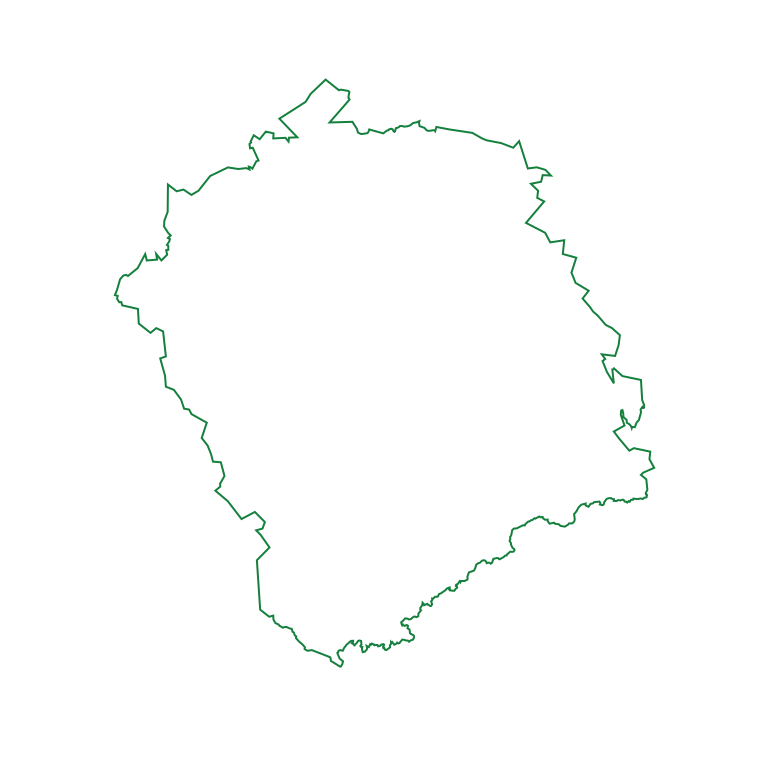 outline of Uthukela, KwaZulu-Natal, South Africa, rotated 282°
{"feature_id": "47623444B45932738864801", "entity_name": "Uthukela", "entity_type": "district", "adm_level": 2, "iso_a3": "ZAF", "parent_name": "South Africa", "parent_adm1": "KwaZulu-Natal", "projection": "robinson", "projection_center": [29.405, -28.737], "detail": "fine", "context": "isolated", "style": "outline", "palette": "green", "viewbox_px": 768, "rotation_deg": 282, "n_neighbors": 0, "source": "geoboundaries", "source_scale": "gbopen_adm2", "svg_char_len": 6152}
<svg xmlns="http://www.w3.org/2000/svg" viewBox="0 0 768 768"><g transform="rotate(282 384 384)"><path d="M406.5,111.6L406.3,127.7L392.1,131.6L385.5,145.0L391.3,149.6L389.5,157.0L365.6,164.9L362.5,159.8L346.6,168.1L336.0,171.2L334.6,179.7L326.6,188.7L318.3,193.6L318.5,198.7L314.5,202.0L309.3,218.7L293.3,216.9L287.1,224.3L279.8,229.2L272.5,232.9L273.5,240.7L260.8,247.1L252.4,244.4L249.6,245.2L244.6,241.2L236.9,255.6L222.3,272.7L232.0,284.3L224.2,296.2L217.3,295.2L214.3,289.4L210.6,294.9L200.3,306.0L185.2,296.3L137.5,309.8L132.5,320.1L134.4,323.8L130.5,324.9L127.6,327.5L126.8,331.0L125.9,331.8L124.6,335.8L125.6,337.3L126.1,339.2L125.3,342.3L125.3,344.7L122.6,346.1L122.2,347.5L119.7,348.9L118.8,350.7L117.3,350.6L114.5,354.3L112.1,358.7L110.0,361.4L108.3,361.4L107.6,363.1L107.2,364.8L108.7,368.7L105.6,387.8L105.3,388.5L102.1,389.6L98.4,399.9L98.6,400.5L101.1,401.4L104.2,401.6L106.3,397.6L111.2,394.3L111.8,394.9L113.6,395.0L114.7,396.7L114.4,398.6L114.7,399.3L116.9,399.6L121.2,401.6L125.8,405.1L126.4,407.2L125.2,407.4L123.9,406.4L122.7,409.3L121.3,409.4L123.0,409.7L124.5,410.9L127.4,412.2L128.0,413.4L127.9,415.0L124.5,416.1L122.9,415.3L122.1,416.2L122.3,417.4L120.3,417.5L117.3,418.9L118.2,420.9L120.8,422.4L122.4,422.4L124.2,421.5L123.5,423.9L126.7,424.6L126.3,425.5L127.6,426.2L126.6,428.6L127.0,428.7L126.7,429.4L127.4,431.8L126.2,432.8L126.8,434.3L128.6,435.6L129.4,437.5L129.1,438.3L126.9,437.7L125.6,438.3L126.1,439.0L124.2,440.4L124.3,441.7L127.7,444.7L129.6,444.1L131.4,444.9L133.0,444.6L132.5,445.2L133.3,445.7L131.1,448.2L132.7,450.2L133.8,450.7L133.2,451.8L133.7,452.9L137.7,454.9L138.0,456.1L137.7,459.2L138.0,460.7L137.1,462.1L138.5,463.1L140.1,465.6L142.5,466.1L144.2,465.4L145.5,461.3L149.2,460.0L149.9,457.8L152.5,457.7L153.0,456.3L151.7,454.5L152.2,453.1L151.7,452.4L152.5,452.2L152.1,451.7L152.6,451.3L154.3,450.4L155.2,450.6L155.3,451.2L159.1,453.4L159.4,455.8L158.9,457.1L159.1,458.1L159.7,459.2L162.5,461.4L163.0,462.5L162.6,464.0L163.9,465.8L166.8,465.4L170.4,467.3L171.1,466.3L172.6,466.1L175.5,467.4L178.1,467.2L177.0,468.7L176.0,469.3L177.9,471.9L177.3,472.3L177.4,473.3L176.5,475.0L176.6,476.1L178.5,476.9L181.2,475.3L182.6,476.1L184.2,475.7L184.2,476.6L186.5,478.2L187.2,480.9L190.0,481.5L191.1,483.3L195.3,487.1L197.2,488.2L198.7,490.5L197.9,490.8L197.0,490.1L195.9,491.2L196.3,491.8L195.9,492.4L196.3,495.7L198.6,496.7L199.9,497.9L201.4,497.3L201.5,496.2L202.7,496.3L203.7,497.7L206.9,499.1L206.0,500.0L207.3,500.2L208.0,503.6L209.8,506.1L211.1,506.3L212.8,505.6L217.3,506.2L220.2,510.8L222.6,511.5L226.5,511.8L228.1,513.2L229.2,515.0L231.7,516.7L232.5,519.0L231.6,520.7L230.1,521.7L231.0,523.4L231.0,524.7L230.4,525.8L231.7,526.9L235.7,527.3L237.3,530.7L237.3,532.3L236.6,533.0L236.6,533.6L239.6,537.0L241.3,538.2L241.8,539.6L242.9,539.8L246.3,542.4L246.4,544.2L247.1,545.7L248.7,546.2L249.6,545.7L250.4,543.9L252.8,541.9L254.8,541.2L256.7,539.4L258.5,539.8L260.5,539.2L262.3,539.9L267.8,539.8L269.6,541.1L270.4,543.9L274.7,549.2L274.9,551.1L276.2,551.3L279.5,553.7L279.8,554.9L281.4,556.2L281.8,557.4L284.0,559.1L283.8,560.1L286.7,563.4L286.1,564.8L287.0,566.7L285.6,567.7L284.7,569.9L285.4,572.3L283.7,572.8L281.8,575.0L283.7,579.3L282.9,580.3L283.1,584.3L281.9,586.1L282.1,590.6L284.7,593.3L286.1,594.0L286.9,597.3L289.2,598.7L291.3,598.7L296.3,597.0L299.0,598.5L304.0,600.1L306.9,602.0L309.0,606.1L307.2,606.4L306.4,609.5L309.6,610.9L310.8,613.3L312.1,614.0L313.8,619.2L312.5,620.4L311.0,620.2L310.9,623.0L311.8,623.9L314.0,624.0L317.0,625.2L318.1,625.9L319.2,628.0L319.6,629.8L319.1,631.0L319.1,632.9L317.4,633.0L317.9,635.8L319.1,637.1L319.3,639.5L320.5,641.6L320.3,642.7L319.0,643.9L319.2,645.7L318.6,646.5L320.2,647.6L319.9,648.8L322.0,649.6L322.6,651.7L323.8,651.8L324.0,655.6L325.4,658.8L325.3,661.1L326.8,662.2L327.7,664.3L329.8,664.4L330.5,664.0L330.4,663.3L331.6,662.7L335.3,663.6L345.3,660.4L348.5,654.2L351.2,656.0L358.2,665.7L365.6,659.3L373.2,658.5L373.2,641.8L369.8,637.8L379.3,625.6L385.3,618.7L393.4,627.9L403.1,622.0L407.3,621.5L408.1,622.6L405.4,624.0L401.4,625.1L399.4,628.7L396.6,629.6L395.6,632.5L393.8,634.7L392.4,635.5L393.6,635.6L393.9,638.3L398.8,639.1L401.8,640.8L409.7,641.3L412.3,640.3L415.3,641.5L414.4,642.5L414.9,643.3L417.5,642.8L421.9,639.9L441.4,634.5L441.3,615.6L447.0,605.8L446.4,605.7L445.7,604.3L432.4,608.7L442.2,599.5L451.9,593.0L454.4,595.2L458.3,590.9L459.5,604.2L470.8,605.4L480.8,604.6L486.1,595.4L487.9,588.6L495.4,578.8L498.3,573.5L502.0,569.6L508.9,560.5L517.8,564.8L522.7,550.4L531.9,544.2L547.5,545.8L548.3,531.9L562.1,530.4L557.1,517.2L565.4,510.2L571.1,489.4L595.9,502.7L597.9,495.2L605.1,494.5L610.4,486.1L614.5,495.6L621.3,495.8L622.6,503.9L627.0,497.4L627.2,495.1L627.7,488.3L624.7,479.9L649.6,465.7L642.0,461.3L644.0,448.4L643.7,433.6L644.6,428.9L648.0,418.2L646.6,395.1L646.3,381.8L641.9,381.5L642.6,380.7L642.6,379.7L641.2,376.2L640.8,374.0L641.0,373.0L643.0,370.2L643.6,365.2L646.7,363.9L648.5,364.0L646.7,361.4L645.4,358.3L642.3,355.7L640.9,353.2L639.9,350.1L640.1,347.9L639.6,346.0L638.0,344.8L636.7,342.4L633.4,342.3L632.8,341.8L633.2,340.8L634.9,339.5L635.2,338.1L634.1,336.0L633.1,335.5L632.7,334.4L629.0,331.1L629.9,316.6L627.4,316.4L625.9,315.6L624.1,311.0L623.8,309.2L624.6,306.2L628.0,304.4L633.9,298.6L628.5,276.4L655.1,291.2L656.3,289.9L658.0,289.5L662.5,289.4L663.2,288.1L663.0,280.8L662.0,278.8L669.6,263.6L652.5,251.9L643.7,248.7L621.8,226.5L607.3,247.9L605.2,239.9L601.3,240.2L604.3,236.5L601.2,224.6L606.2,223.9L606.3,216.5L605.9,216.6L605.9,215.7L597.6,211.5L600.2,204.9L593.5,203.1L592.6,203.8L590.8,202.5L586.7,204.0L587.8,206.5L576.5,214.8L575.3,212.8L567.3,210.5L568.4,208.0L568.5,206.6L565.8,207.8L566.6,204.6L564.0,196.7L563.4,186.3L551.3,170.7L534.5,162.4L528.9,156.3L532.5,147.5L529.4,141.1L534.2,131.2L507.4,136.6L498.1,135.2L492.3,136.1L486.8,141.6L484.9,144.5L481.9,142.3L481.3,144.4L479.2,144.4L474.9,142.8L474.4,144.2L470.4,145.1L469.6,143.1L465.4,145.0L458.6,140.6L463.9,134.1L458.5,136.2L455.5,126.3L461.4,123.4L446.2,119.0L436.4,111.1L437.1,109.1L435.9,106.5L431.6,104.1L420.6,103.3L415.0,102.3L414.8,105.2L411.8,105.2L408.9,108.1L409.5,110.0L406.5,111.6Z" fill="none" stroke="#15803d" stroke-width="2"/></g></svg>